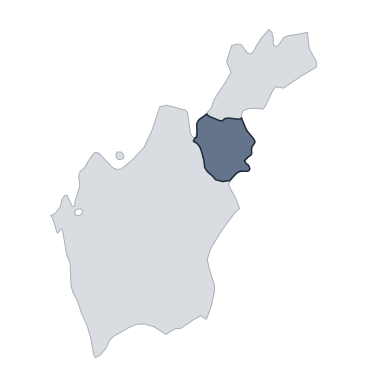 Vayots Dzor highlighted on a map of Armenia, rotated 261°
{"feature_id": "ARM-1733", "entity_name": "Vayots Dzor", "entity_type": "Province", "adm_level": 1, "iso_a3": "ARM", "parent_name": "Armenia", "parent_adm1": "", "projection": "natural_earth1", "projection_center": [45.445, 39.743], "detail": "fine", "context": "in_parent", "style": "filled", "palette": "slate", "viewbox_px": 384, "rotation_deg": 261, "n_neighbors": 0, "source": "natural_earth", "source_scale": "10m", "svg_char_len": 2820}
<svg xmlns="http://www.w3.org/2000/svg" viewBox="0 0 384 384"><g transform="rotate(261 192 192)"><path d="M168.2,236.4L165.0,231.3L148.6,214.6L133.5,201.8L123.0,196.5L112.5,197.1L96.2,199.6L90.2,198.6L76.0,193.0L64.2,186.4L65.9,183.6L68.4,181.6L65.4,173.0L58.9,159.1L59.7,154.8L57.6,148.8L55.4,144.2L64.7,133.4L69.0,124.7L70.0,116.2L67.6,107.4L61.6,91.4L57.8,86.8L50.9,82.5L45.1,75.4L43.6,70.4L48.6,69.4L63.0,69.2L76.9,67.5L87.9,64.2L103.7,61.5L110.2,59.0L117.8,57.8L140.9,60.5L149.5,58.4L175.5,58.1L176.2,57.0L172.7,53.7L172.7,52.4L188.2,50.2L190.6,48.7L192.6,54.0L198.4,59.9L204.8,62.3L208.2,65.6L208.3,68.1L197.1,71.1L196.3,72.6L197.0,74.1L200.4,74.8L216.1,82.3L225.1,82.4L229.8,84.7L232.2,89.2L239.7,95.2L245.7,101.1L246.1,103.1L244.9,106.1L228.2,117.6L226.0,121.6L225.8,125.8L233.2,138.3L244.0,152.0L259.7,162.4L281.3,173.6L281.6,180.6L278.2,188.9L275.3,194.6L273.9,198.4L271.3,200.0L249.8,199.6L246.5,201.0L245.1,202.6L245.0,204.0L252.8,206.5L264.9,215.4L271.8,224.0L279.1,227.8L287.2,234.6L293.8,241.1L304.0,249.3L315.3,246.6L330.4,254.0L331.1,259.0L330.1,263.5L320.6,268.4L319.5,270.4L319.5,272.1L320.7,274.5L326.3,278.5L332.9,284.4L340.4,293.3L337.1,295.9L330.2,296.3L324.8,295.2L322.9,297.0L323.0,299.9L330.0,306.7L331.4,311.6L331.2,320.1L331.6,330.9L315.2,330.2L301.1,335.3L295.9,334.3L292.3,325.2L289.3,317.7L280.3,298.7L282.8,290.9L277.8,286.4L265.8,278.3L262.7,274.9L264.4,270.3L265.6,261.9L264.4,255.1L261.2,253.1L255.2,252.9L248.0,254.6L233.4,261.2L223.3,257.0L217.4,252.8L214.0,249.2L206.5,252.2L204.6,250.7L204.2,242.0L201.9,237.3L197.4,231.8L193.2,229.1L177.6,234.6L168.2,236.4ZM192.6,79.8L193.1,76.7L192.4,73.8L189.9,72.9L186.8,73.7L186.5,76.8L187.5,79.8L190.6,81.2L192.6,79.8ZM242.4,128.4L238.8,130.4L235.5,129.5L235.5,124.6L237.9,122.6L240.7,122.7L243.3,124.5L242.4,128.4Z" fill="#d9dde1" stroke="#a8b0b8" stroke-width="1"/><path d="M244.8,203.2L245.0,204.8L248.0,206.1L257.8,207.1L260.4,208.4L262.5,210.5L266.7,218.9L265.0,219.8L263.6,221.5L258.6,229.7L257.8,231.5L257.6,232.8L259.4,236.0L259.4,237.8L259.1,240.4L256.5,249.9L256.6,250.6L256.7,251.0L257.2,252.2L257.3,252.4L245.7,255.2L243.1,256.2L235.5,260.9L234.5,261.3L233.4,261.8L232.4,262.0L231.3,261.9L230.3,261.3L227.3,258.3L225.6,257.5L221.1,257.1L219.8,256.5L218.8,255.2L217.7,252.7L215.3,249.5L214.7,248.7L212.2,249.6L209.5,252.0L206.0,252.8L204.2,251.6L203.8,249.9L204.7,245.6L204.9,242.9L204.5,240.7L203.5,238.7L197.3,230.9L197.5,228.4L197.5,224.4L197.6,224.0L198.3,222.1L200.5,217.2L205.0,214.4L208.8,211.1L210.0,210.3L211.1,209.7L214.1,208.5L215.0,208.4L221.9,208.7L224.9,208.2L227.2,208.2L233.7,207.2L235.3,206.7L238.6,205.0L239.9,203.8L240.9,202.3L241.2,202.0L241.8,201.5L242.2,201.4L242.6,201.5L242.9,201.8L243.1,202.0L243.6,202.6L244.4,203.2L244.8,203.2L244.8,203.2Z" fill="#64748b" stroke="#1e293b" stroke-width="1.5"/></g></svg>